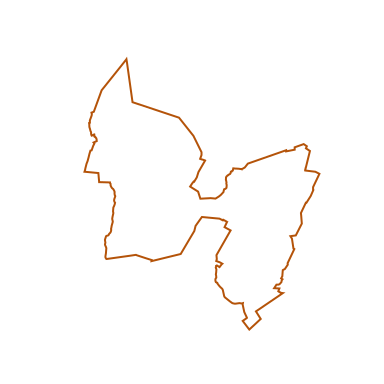 outline of Eersel, Noord-Brabant, Netherlands, rotated 126°
{"feature_id": "6326949B60524061283729", "entity_name": "Eersel", "entity_type": "district", "adm_level": 2, "iso_a3": "NLD", "parent_name": "Netherlands", "parent_adm1": "Noord-Brabant", "projection": "natural_earth1", "projection_center": [5.327, 51.393], "detail": "fine", "context": "isolated", "style": "outline", "palette": "amber", "viewbox_px": 384, "rotation_deg": 126, "n_neighbors": 0, "source": "geoboundaries", "source_scale": "gbopen_adm2", "svg_char_len": 5524}
<svg xmlns="http://www.w3.org/2000/svg" viewBox="0 0 384 384"><g transform="rotate(126 192 192)"><path d="M123.1,323.1L123.3,323.1L123.8,323.1L133.3,323.5L162.8,324.9L184.8,318.6L186.9,320.0L187.1,319.8L187.1,319.6L187.2,319.4L187.3,319.3L187.5,319.1L187.8,318.9L188.2,318.6L189.0,318.2L190.5,317.7L190.8,317.7L191.1,317.6L191.3,317.5L191.6,317.4L192.4,317.2L193.2,317.0L194.3,316.6L196.0,315.3L196.7,315.8L196.8,315.7L197.6,314.9L198.1,314.5L199.4,313.5L199.7,313.2L200.1,312.8L200.7,311.9L202.3,310.0L202.5,309.6L202.8,309.0L203.2,308.6L203.7,308.2L204.2,307.9L204.9,307.1L205.3,306.5L205.4,306.3L205.4,306.2L204.6,305.9L204.3,305.7L203.6,305.4L203.1,305.1L202.9,304.9L203.4,304.4L204.0,303.8L204.4,303.6L204.5,303.6L204.6,303.2L204.3,302.5L204.5,302.0L204.7,301.7L204.7,301.4L204.7,301.2L204.8,301.1L205.1,300.6L205.4,300.2L206.0,299.7L206.8,299.0L209.8,300.7L210.1,299.5L213.0,299.0L214.6,298.5L217.3,297.7L218.2,298.5L221.4,297.4L224.8,296.0L227.2,295.1L227.9,294.8L228.9,294.5L230.1,294.2L231.2,293.9L235.7,292.1L236.5,291.7L237.5,291.3L238.8,290.9L231.7,278.9L238.6,272.9L237.4,271.2L233.3,265.2L232.5,264.0L232.8,263.8L232.9,263.7L233.0,263.5L233.1,263.4L233.1,263.2L233.2,262.8L233.4,262.6L234.3,261.9L234.7,261.5L234.7,261.4L235.5,260.0L235.6,259.8L235.7,259.5L235.9,258.6L235.9,257.7L236.0,257.3L236.3,256.6L236.5,256.1L236.9,255.4L237.4,254.7L237.6,254.5L237.9,254.4L238.6,253.9L239.8,252.8L239.9,252.6L240.0,252.4L240.3,251.9L240.4,251.7L240.5,251.6L243.4,250.7L244.0,250.4L244.8,249.9L245.0,249.7L245.5,248.9L246.0,248.0L246.0,247.9L247.0,247.5L247.7,247.2L249.6,246.7L250.4,246.6L250.8,246.5L253.6,244.8L254.0,244.5L254.2,244.4L254.3,244.3L254.7,243.8L255.0,243.6L255.1,243.4L255.9,242.9L256.5,242.7L258.8,241.7L260.4,240.9L260.7,240.7L260.9,240.5L262.2,239.0L262.5,238.7L262.8,238.6L263.1,238.4L266.4,237.2L267.6,236.6L268.4,236.2L269.2,235.9L269.4,235.8L269.6,235.7L270.1,235.1L271.1,234.6L271.7,234.4L272.5,234.2L273.1,234.2L274.4,234.4L274.7,234.4L275.8,234.2L276.0,234.2L276.4,234.3L277.8,235.4L278.1,235.5L278.4,235.5L278.7,235.4L281.7,234.4L281.9,234.3L282.0,234.2L283.7,232.5L283.9,232.3L284.1,232.2L285.1,231.8L285.4,231.7L285.9,231.2L286.2,230.8L287.3,228.9L287.5,228.7L287.8,228.3L291.7,225.9L292.2,225.6L294.8,224.3L295.1,224.1L295.5,223.8L295.7,223.6L295.9,223.4L296.1,223.0L296.5,221.9L296.2,221.6L296.1,221.4L280.2,204.9L275.8,200.4L275.6,199.4L272.5,189.8L270.7,184.5L271.7,184.1L270.4,183.0L261.3,175.3L248.8,164.7L229.8,166.5L222.2,167.2L217.3,169.2L206.4,169.3L203.8,164.9L197.4,154.1L196.8,150.4L196.1,150.4L195.6,146.8L196.1,146.3L195.9,146.0L201.3,145.0L200.4,138.2L228.7,135.1L231.7,132.5L233.6,131.8L232.5,128.0L232.2,125.3L232.6,125.4L232.8,125.5L236.6,125.6L236.8,128.7L237.6,129.1L238.0,128.8L238.1,128.7L238.4,128.6L239.1,128.4L239.6,127.8L240.1,127.0L240.4,126.7L240.5,126.6L241.2,126.2L242.8,125.2L243.0,125.1L244.4,124.4L244.6,124.3L245.4,123.4L246.3,122.6L246.5,122.4L246.7,122.2L246.9,122.1L247.1,122.0L247.6,122.0L248.1,122.0L248.5,121.9L248.8,121.8L249.7,121.1L249.9,121.0L250.3,120.6L250.6,120.1L250.9,119.7L250.7,118.9L250.6,118.2L251.0,117.9L251.8,115.3L252.2,113.6L252.4,112.1L252.5,111.1L252.6,110.6L252.8,110.1L253.1,109.6L253.4,109.2L257.2,104.9L257.5,104.5L257.6,104.3L257.8,103.8L257.8,103.6L257.9,103.2L258.2,97.2L258.2,94.6L258.2,94.1L258.1,93.8L258.0,93.5L257.4,92.1L257.1,91.6L256.9,91.3L254.3,88.6L254.1,88.4L253.9,88.1L253.1,86.5L252.8,86.1L252.4,85.8L252.0,85.5L252.4,85.3L252.5,85.3L252.8,85.2L253.3,84.8L253.5,84.6L258.0,79.6L258.5,79.0L261.3,73.9L261.4,73.7L261.5,73.6L261.8,73.6L266.5,75.2L269.6,64.8L254.3,61.8L251.0,70.1L224.4,60.5L220.4,59.1L221.1,60.4L221.3,60.7L221.4,61.0L221.5,62.0L221.4,62.0L221.5,62.7L221.6,63.8L218.7,64.6L221.5,69.0L217.3,69.2L216.1,67.6L215.8,67.4L215.1,67.0L212.4,66.7L210.7,67.5L209.4,67.5L209.5,69.1L207.1,69.4L201.9,72.6L201.7,72.6L199.7,71.6L194.5,71.8L193.4,72.8L178.0,75.7L178.0,76.0L178.1,76.7L171.0,83.7L169.9,86.4L166.1,82.5L153.0,84.6L146.9,89.8L145.0,91.5L133.7,93.6L133.5,93.1L125.5,93.6L119.1,95.0L119.1,95.3L116.9,96.9L102.4,99.6L103.1,104.1L108.1,113.1L107.9,113.3L106.2,114.0L106.2,113.9L89.5,120.7L89.7,125.5L87.5,126.0L87.6,129.7L87.6,129.8L95.5,135.2L97.4,133.8L103.8,139.7L102.9,140.4L136.2,163.5L141.1,163.7L143.6,164.8L143.8,165.0L144.2,165.3L144.4,165.6L144.5,165.5L144.6,165.8L144.7,166.0L145.0,166.4L145.7,167.9L146.2,168.6L146.3,168.8L147.1,170.0L147.9,171.2L148.0,171.4L148.2,171.9L148.5,172.3L148.6,172.5L149.8,172.0L150.6,171.6L150.8,171.6L151.2,171.9L151.4,172.0L152.1,171.9L152.2,172.0L152.6,172.4L152.7,172.5L153.0,172.4L153.7,172.1L154.3,171.8L154.5,171.8L155.0,171.8L155.7,172.2L156.1,172.3L156.8,172.6L157.2,172.6L157.3,172.7L157.4,172.8L157.5,172.9L157.8,173.0L158.3,173.0L159.0,173.2L159.3,173.2L159.5,173.1L160.1,173.1L160.3,173.0L160.6,172.8L160.7,172.7L161.2,172.4L161.5,172.2L161.9,171.9L162.2,171.8L163.1,170.6L163.5,170.3L164.0,169.7L164.8,169.3L165.1,169.1L165.8,168.2L166.0,168.1L166.3,167.8L167.3,167.2L168.3,166.6L168.5,166.6L169.0,166.6L169.8,166.9L170.1,167.0L170.3,167.2L170.9,167.6L172.5,167.0L173.6,166.5L177.6,167.0L179.0,167.4L179.8,167.6L183.5,169.1L186.0,173.3L192.5,181.3L188.1,187.3L188.1,187.5L188.3,190.3L188.7,196.7L185.0,196.9L182.5,196.8L182.4,196.3L177.4,196.7L172.4,198.4L172.1,198.5L158.8,199.9L158.8,200.0L158.9,200.3L159.6,202.6L159.8,202.9L160.3,204.5L160.4,204.9L156.6,206.0L156.4,206.1L154.2,207.7L145.7,223.9L145.0,226.5L142.5,235.4L139.5,246.2L154.3,292.9L137.4,309.2L125.8,320.4L123.1,323.1Z" fill="none" stroke="#b45309" stroke-width="2"/></g></svg>